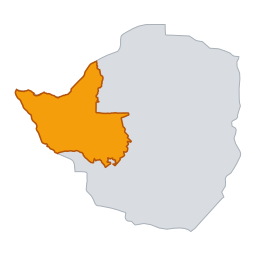 where Matabeleland North sits in Zimbabwe
{"feature_id": "ZWE-526", "entity_name": "Matabeleland North", "entity_type": "Province", "adm_level": 1, "iso_a3": "ZWE", "parent_name": "Zimbabwe", "parent_adm1": "", "projection": "mercator", "projection_center": [27.816, -18.601], "detail": "fine", "context": "in_parent", "style": "filled", "palette": "amber", "viewbox_px": 256, "rotation_deg": 0, "n_neighbors": 0, "source": "natural_earth", "source_scale": "10m", "svg_char_len": 7419}
<svg xmlns="http://www.w3.org/2000/svg" viewBox="0 0 256 256"><path d="M190.9,231.5L188.3,229.7L184.7,228.5L180.2,228.0L174.2,228.2L167.0,229.2L159.2,228.0L150.8,224.7L143.9,223.5L135.6,224.9L135.3,225.0L133.8,223.8L131.6,221.4L127.8,221.0L126.8,220.4L126.0,219.5L125.4,218.3L125.2,217.1L125.8,213.0L125.5,212.6L124.5,212.1L122.4,211.6L117.4,209.8L111.2,208.1L101.1,206.1L97.1,205.6L96.2,205.0L95.1,203.6L93.1,199.0L91.3,195.9L86.9,191.3L86.2,189.8L86.5,186.1L86.8,183.1L87.2,180.6L87.0,178.2L87.0,175.3L87.1,173.3L86.5,172.5L84.9,171.9L80.4,171.6L75.0,171.7L74.8,168.7L74.3,164.1L73.3,161.4L72.0,160.1L69.5,158.6L64.5,156.6L57.6,153.6L51.7,149.2L44.9,143.7L42.8,142.8L40.3,137.6L36.5,128.8L36.8,125.8L36.2,124.4L32.5,120.1L31.7,117.8L31.0,115.5L25.2,109.2L23.2,106.4L21.6,102.9L20.1,100.1L18.9,98.9L17.2,97.0L16.0,94.8L15.5,93.2L15.9,91.0L16.5,89.5L22.1,91.0L25.1,91.2L27.5,90.4L30.5,91.4L34.0,94.3L37.8,94.8L42.0,93.1L47.6,93.6L54.7,96.4L60.5,97.0L67.5,94.5L73.7,87.5L79.5,80.9L85.3,73.4L88.8,67.2L93.8,62.3L100.5,58.5L107.4,55.2L117.8,51.3L119.9,48.0L120.6,44.5L120.6,39.5L121.1,36.3L122.2,34.9L123.9,33.7L126.2,32.3L133.1,28.5L138.8,26.1L145.8,24.6L153.5,24.5L160.9,24.5L165.1,24.5L165.2,29.3L165.5,34.6L166.3,35.1L171.9,35.2L180.8,35.6L189.4,36.0L194.9,39.8L196.8,40.7L202.5,41.7L209.8,48.2L218.6,48.8L224.6,50.8L229.9,53.0L233.0,55.7L235.0,56.3L237.6,56.5L238.9,56.7L238.6,58.6L236.9,61.9L237.1,66.6L239.6,73.0L239.9,78.7L239.1,88.6L239.2,98.3L239.4,101.7L239.8,104.0L240.3,105.3L240.2,106.7L238.8,110.8L237.6,115.0L237.6,116.8L237.1,118.0L236.2,119.0L232.4,121.0L231.7,122.2L231.8,124.4L232.2,126.3L233.7,127.0L235.4,128.1L236.1,129.5L236.1,130.9L235.6,133.6L234.0,138.2L235.5,143.4L237.3,146.7L239.7,150.7L240.6,153.1L240.6,154.8L240.2,156.5L236.7,163.6L234.1,168.1L231.0,172.9L226.8,175.9L225.8,177.3L225.3,178.9L225.5,182.5L225.3,186.3L221.7,192.1L223.9,197.0L223.4,197.5L222.3,198.2L217.1,203.8L212.0,209.5L208.2,213.7L203.9,218.4L199.1,223.7L195.0,228.3L190.9,231.5Z" fill="#d9dde1" stroke="#a8b0b8" stroke-width="1"/><path d="M37.0,126.3L36.2,123.8L32.6,120.6L31.6,118.3L31.4,116.0L31.1,115.0L30.3,114.3L29.2,113.7L28.4,113.0L27.0,111.0L26.6,110.6L25.6,109.9L23.7,107.9L23.4,107.3L23.2,106.9L22.9,105.6L22.7,105.0L21.8,103.5L20.8,101.1L20.2,100.0L19.4,99.3L18.4,98.7L17.6,97.8L16.4,95.8L15.6,93.7L15.4,93.0L15.4,92.1L16.5,89.5L17.3,90.0L18.2,90.6L18.7,90.9L19.0,91.0L19.9,90.9L20.9,91.3L21.2,91.3L23.4,91.3L24.0,91.6L24.4,91.2L24.5,91.1L26.5,90.8L28.0,90.1L28.7,90.0L29.4,90.6L30.5,90.9L31.2,91.2L31.8,91.6L32.3,92.3L33.6,92.9L34.0,93.4L33.5,93.6L33.5,94.0L33.7,94.5L34.0,94.9L35.8,95.7L37.0,95.8L37.3,95.7L38.9,94.9L39.1,95.1L39.3,94.7L39.7,94.6L40.3,94.6L40.7,94.5L40.7,93.9L41.4,93.7L41.9,93.4L42.5,93.3L43.8,92.3L44.1,92.2L44.3,92.3L44.9,93.0L45.1,93.1L46.5,93.3L47.1,93.8L47.4,93.8L48.4,93.6L49.8,93.9L52.0,95.1L53.2,95.5L54.0,95.6L54.4,95.8L55.7,97.0L56.1,97.2L57.8,97.8L58.2,97.9L58.5,97.8L59.4,97.0L59.7,96.8L60.2,96.6L60.9,96.5L63.6,95.3L64.3,95.5L65.4,94.8L65.7,94.7L67.1,94.6L67.5,94.5L68.3,94.1L70.2,92.2L71.2,91.0L71.1,89.5L71.1,89.2L71.4,88.7L79.1,80.7L82.0,78.0L83.6,76.4L84.4,74.9L84.9,72.5L85.4,71.4L89.4,65.5L90.5,64.2L92.0,63.3L96.5,61.3L97.0,63.8L96.7,65.4L96.9,65.5L97.3,65.8L97.5,66.0L97.5,66.3L97.1,67.3L97.0,67.8L97.1,68.1L97.4,68.4L97.8,68.5L98.0,68.7L98.3,69.4L98.4,69.6L98.7,69.6L99.3,69.6L99.6,69.7L99.8,69.9L99.7,70.7L99.8,71.1L100.1,71.5L100.0,71.8L99.9,72.2L99.9,72.3L100.3,72.9L100.3,73.7L100.6,74.8L100.7,75.0L101.2,75.4L101.5,75.7L101.8,75.9L102.3,76.1L102.5,76.3L102.6,76.5L103.0,77.8L102.9,78.9L102.6,79.8L102.6,80.2L102.3,80.6L101.9,81.8L102.1,83.1L101.8,83.6L101.6,84.3L101.5,84.8L101.5,85.1L101.6,85.7L101.6,86.2L100.8,87.1L100.1,87.7L99.9,87.8L99.8,87.7L99.6,87.6L99.3,87.5L99.1,87.6L98.3,88.3L98.0,89.3L98.0,89.5L98.4,90.9L98.3,91.2L98.3,91.4L97.9,92.1L97.7,92.8L97.7,93.2L97.8,93.4L97.7,93.6L97.6,93.8L97.4,93.9L97.2,94.1L97.1,94.7L96.9,94.9L96.3,95.5L96.1,95.8L96.1,96.1L96.3,97.1L96.5,97.4L96.8,97.6L97.0,97.6L97.4,97.5L97.6,97.5L97.7,97.8L97.7,98.5L97.8,98.8L97.9,99.2L98.0,99.6L97.8,99.9L97.3,100.4L97.2,100.5L97.3,100.7L97.4,100.9L97.7,101.1L98.5,101.3L98.8,101.5L98.8,101.8L98.7,101.9L97.1,102.1L96.3,102.3L96.2,102.4L96.1,102.5L96.0,111.4L96.1,112.3L96.7,112.7L97.1,112.8L97.4,112.9L99.1,112.6L100.1,113.0L101.3,113.1L102.2,113.3L105.1,113.4L105.7,113.5L106.7,113.3L108.2,113.3L109.1,113.4L110.3,113.4L111.6,113.0L113.5,113.0L114.5,112.9L115.2,112.7L115.6,112.7L116.1,112.9L117.0,113.1L127.8,113.0L128.1,113.0L128.3,113.1L128.7,113.9L128.8,114.2L128.8,114.5L128.7,114.8L128.4,115.0L123.4,117.2L121.8,117.6L121.5,117.7L121.3,118.0L121.3,118.5L123.0,126.3L123.1,126.6L123.3,127.0L123.5,127.2L124.0,127.4L124.3,127.7L125.1,129.0L125.2,129.3L125.1,130.0L124.7,130.7L124.7,131.9L124.9,132.2L125.3,132.5L127.9,135.4L128.1,135.6L128.1,135.9L128.2,136.2L128.1,136.4L127.4,137.5L127.6,137.7L131.2,141.2L131.0,141.7L130.8,141.9L130.5,142.1L130.3,142.1L130.1,142.1L129.4,141.7L129.1,141.6L128.0,141.4L127.6,141.5L127.4,141.8L127.4,142.1L127.5,142.3L128.2,143.2L128.3,143.4L128.4,143.6L128.3,144.4L128.1,144.6L127.9,145.0L126.6,146.1L126.4,146.4L126.5,146.6L126.6,146.8L127.0,147.2L127.6,147.6L127.7,147.9L127.7,149.4L127.2,151.2L127.0,151.4L126.3,151.9L125.9,152.1L125.6,152.1L123.9,151.8L123.7,151.8L123.7,152.3L124.2,154.2L124.5,155.0L124.4,155.2L123.9,156.1L123.6,156.3L121.5,157.5L120.1,158.1L120.0,158.5L120.0,158.9L120.2,159.5L120.1,159.8L117.2,163.3L116.7,163.8L116.2,164.2L116.0,164.6L115.3,165.5L114.9,165.5L114.6,165.5L113.2,164.2L115.1,163.8L115.6,163.6L115.8,163.4L116.0,163.1L116.1,162.8L116.0,162.6L115.3,162.1L115.2,161.9L115.2,161.6L115.5,160.9L115.5,160.6L115.4,160.5L115.0,160.3L114.9,160.2L114.8,159.7L114.7,159.6L114.1,159.8L113.7,159.9L113.1,159.5L112.6,159.3L112.5,159.1L112.5,158.6L112.6,158.2L112.4,158.1L111.8,158.3L111.1,158.4L110.4,158.9L110.2,158.9L109.9,158.8L108.3,157.9L107.9,157.9L107.8,158.1L107.8,158.5L108.1,159.6L108.1,159.8L107.9,160.5L107.9,161.1L107.8,161.3L107.2,161.6L107.1,161.8L107.3,162.1L107.6,162.2L108.4,162.2L108.9,162.3L109.3,162.3L109.6,162.2L109.9,162.2L110.1,162.2L110.3,162.6L110.6,162.9L110.6,163.2L110.3,164.0L109.5,164.3L105.6,167.3L105.4,167.3L105.3,167.2L105.0,166.6L104.7,165.8L104.3,165.2L104.0,164.9L103.8,164.4L103.3,164.1L103.1,163.8L103.0,163.5L102.4,163.0L101.8,162.4L101.7,162.2L101.6,161.7L101.4,161.3L101.2,160.7L100.9,160.5L100.4,160.3L100.3,160.2L100.1,159.7L99.9,159.5L99.7,159.6L98.7,160.0L97.2,160.0L95.9,160.7L95.7,160.7L94.6,159.0L94.4,158.8L94.2,159.2L93.8,160.4L93.6,161.4L93.5,162.2L93.5,162.6L93.3,162.7L92.4,162.7L91.2,162.5L90.8,162.4L90.5,162.2L90.1,161.7L89.4,161.3L88.9,160.9L86.8,158.8L85.5,157.9L84.5,156.8L84.0,155.9L83.4,155.4L83.3,155.1L83.1,153.8L82.9,153.5L82.5,153.3L82.1,152.7L81.5,152.5L80.7,152.4L80.1,152.2L79.7,152.0L78.7,151.3L78.1,151.0L77.6,150.8L76.0,150.6L75.6,150.7L74.9,151.2L74.5,151.3L73.5,151.2L73.0,151.2L72.7,151.2L72.4,151.2L71.9,150.9L70.8,150.8L66.8,151.3L66.1,151.1L65.1,151.1L59.4,152.5L59.0,152.7L57.5,153.5L57.0,153.1L55.7,152.7L55.2,152.5L54.8,152.1L54.6,151.4L54.3,150.8L53.8,150.3L52.7,149.5L52.1,149.3L51.0,149.1L50.4,148.8L49.9,148.3L49.1,147.1L48.4,146.7L47.6,146.6L47.0,146.2L47.4,145.7L47.6,145.0L47.5,144.8L47.0,144.2L46.7,143.9L46.4,143.8L44.9,143.8L43.6,143.4L42.4,142.7L41.7,141.6L38.9,133.7L38.3,132.4L37.4,131.2L36.7,130.0L36.5,129.4L36.3,128.7L36.4,128.1L36.9,126.9L37.0,126.3Z" fill="#f59e0b" stroke="#b45309" stroke-width="1.5"/></svg>